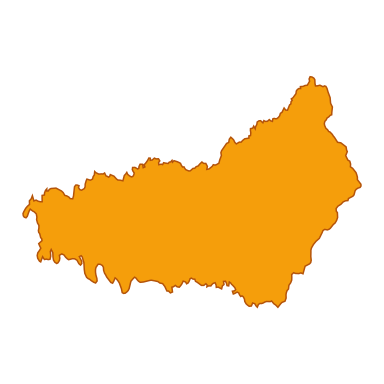 outline of Bonópolis, Goiás, Brazil
{"feature_id": "56859067B5105293023793", "entity_name": "Bonópolis", "entity_type": "district", "adm_level": 2, "iso_a3": "BRA", "parent_name": "Brazil", "parent_adm1": "Goiás", "projection": "equal_earth", "projection_center": [-49.911, -13.542], "detail": "fine", "context": "isolated", "style": "filled", "palette": "amber", "viewbox_px": 384, "rotation_deg": 0, "n_neighbors": 0, "source": "geoboundaries", "source_scale": "gbopen_adm2", "svg_char_len": 5976}
<svg xmlns="http://www.w3.org/2000/svg" viewBox="0 0 384 384"><path d="M277.9,307.3L280.7,303.7L282.0,302.4L285.0,301.2L286.1,298.1L286.0,294.7L286.3,292.8L287.1,290.5L288.5,289.0L288.9,285.3L290.7,282.7L291.7,280.1L291.8,277.4L291.7,274.5L293.7,272.7L295.2,273.4L298.8,273.6L300.9,272.9L303.0,273.8L305.1,266.2L309.5,263.9L310.7,262.6L311.2,260.3L310.8,256.5L310.9,252.3L310.9,250.1L311.5,247.9L313.5,244.4L316.0,241.3L319.3,238.4L322.0,232.9L323.0,230.5L324.7,229.4L327.4,229.9L329.0,229.3L330.3,228.3L333.3,224.5L335.1,223.0L336.6,220.4L337.6,217.5L337.4,212.6L336.3,211.2L336.1,208.6L337.9,206.2L340.9,204.3L343.2,201.9L345.5,200.8L347.9,200.6L348.5,198.5L352.9,196.2L354.0,194.9L355.1,190.8L356.1,189.4L357.8,188.2L360.1,187.4L361.0,186.0L360.9,184.2L357.4,179.7L357.4,177.1L356.7,174.6L356.0,172.6L352.6,168.3L350.4,166.8L350.6,164.1L349.8,161.2L347.9,160.1L346.5,157.3L345.7,155.6L347.3,151.6L346.6,150.1L346.1,146.9L340.8,142.8L337.6,142.3L334.4,137.3L333.2,135.9L332.3,134.4L330.0,132.0L328.7,131.5L327.4,129.5L326.0,128.5L324.7,125.6L324.3,123.7L324.8,121.4L326.2,119.9L327.0,118.1L329.0,116.7L330.2,115.3L331.7,114.8L331.8,112.5L332.4,107.0L330.6,103.3L330.1,97.6L328.0,91.9L327.0,88.4L325.9,86.4L324.5,85.9L323.0,86.7L319.9,85.2L317.3,85.9L315.5,85.9L315.0,83.6L314.8,79.6L313.8,78.1L312.0,77.0L310.1,76.7L309.1,79.0L309.6,81.2L307.3,85.2L305.0,85.5L303.1,86.4L300.4,86.6L300.6,88.5L298.9,88.5L297.4,89.5L296.3,91.0L296.0,93.6L293.0,97.7L291.3,98.9L292.2,100.4L291.1,101.6L290.8,104.0L289.6,104.9L288.4,107.9L287.5,110.2L285.7,110.1L284.1,108.0L282.0,112.3L280.4,113.3L279.6,115.9L278.3,117.5L276.9,118.6L275.6,118.8L274.1,118.4L272.8,118.9L272.4,121.4L270.6,120.8L269.3,119.6L267.4,121.3L265.2,121.4L263.9,120.6L262.9,122.8L260.6,120.7L259.0,120.8L257.2,122.0L256.8,124.5L255.6,126.7L255.2,128.8L253.7,126.1L252.7,128.2L250.5,128.6L250.4,130.4L250.8,132.9L250.5,135.6L248.9,135.9L248.9,138.1L244.7,138.8L242.6,140.5L241.1,142.2L239.3,142.1L236.3,143.9L234.8,142.4L233.7,140.0L232.6,138.8L230.8,137.2L229.3,139.2L228.7,142.5L226.6,143.4L221.6,150.7L220.9,152.7L221.4,155.5L219.7,160.1L218.9,163.2L216.5,164.6L215.1,165.1L213.3,164.7L212.2,166.4L208.9,169.0L206.8,169.4L207.4,166.4L205.8,163.4L203.6,163.4L201.9,162.0L199.8,164.0L198.1,166.0L196.1,166.7L194.7,168.3L193.0,168.4L190.3,170.8L188.9,171.0L186.0,169.8L184.9,168.6L184.0,166.9L182.5,167.0L181.2,165.0L180.5,163.3L178.8,162.4L177.2,161.7L174.0,160.7L172.5,162.2L172.0,160.4L170.6,162.0L169.3,162.1L168.2,163.5L165.3,163.1L163.6,162.7L162.6,164.6L161.2,164.2L158.8,164.7L158.6,162.5L159.8,160.9L158.5,158.8L156.1,158.9L154.4,158.1L152.2,160.0L150.3,160.3L150.3,158.2L148.9,158.0L147.5,160.6L145.4,163.5L144.1,164.7L144.9,166.9L143.2,167.7L142.6,164.3L140.1,164.2L139.0,166.5L138.8,168.3L137.6,169.0L136.4,168.2L134.9,167.4L132.6,167.5L132.3,169.5L133.0,171.2L134.2,173.0L133.8,174.8L132.8,176.5L131.4,176.9L129.7,176.0L127.7,174.4L126.8,172.4L125.8,173.9L124.3,175.5L122.9,180.8L120.3,180.2L117.8,180.0L116.5,179.0L114.0,176.2L110.3,174.6L109.7,176.3L108.6,177.2L107.4,176.4L106.0,175.9L104.6,173.0L103.1,174.0L101.5,173.9L98.8,174.1L95.9,172.7L94.7,171.5L94.3,175.0L93.2,176.5L92.5,179.1L90.3,180.2L86.9,179.1L86.2,180.7L85.2,184.1L85.1,186.8L84.3,188.6L81.5,190.2L79.9,189.7L78.5,187.7L79.0,185.7L77.0,185.0L75.7,185.1L74.5,186.8L73.5,196.0L72.7,198.8L70.2,198.6L68.9,197.1L66.8,195.9L64.8,195.4L63.2,192.6L61.5,191.0L56.0,188.1L51.0,188.5L49.4,189.3L48.2,191.0L46.8,191.0L46.8,188.9L45.5,190.4L44.5,193.0L44.4,195.0L42.1,195.4L42.1,198.5L42.2,201.7L40.6,201.8L38.1,201.2L36.1,200.1L33.9,200.9L32.4,195.7L31.2,198.8L29.4,200.8L29.5,204.4L27.4,206.3L25.7,208.3L23.8,211.7L23.0,213.6L23.3,215.8L24.3,217.2L26.0,217.8L27.3,216.3L29.0,211.4L30.2,209.1L32.8,211.1L34.2,211.8L36.3,213.9L36.9,217.1L36.6,219.6L37.5,223.0L38.9,225.4L38.9,228.0L38.4,230.6L38.7,232.3L39.7,233.7L40.7,237.7L41.7,238.7L42.0,240.7L38.7,243.6L39.6,245.8L40.8,248.2L39.5,250.4L37.8,252.8L37.2,255.5L37.7,258.3L39.5,261.2L40.7,261.9L42.6,256.7L44.4,259.5L46.4,259.1L48.2,259.6L50.0,259.3L50.7,256.2L50.6,254.3L50.3,251.5L51.2,249.5L52.8,252.7L53.0,257.1L53.5,260.1L54.8,262.2L56.7,263.5L58.0,262.8L59.4,260.5L59.8,258.2L59.4,255.3L61.8,253.9L64.0,255.0L65.6,257.2L67.3,258.8L68.6,259.7L72.5,258.7L74.6,258.8L77.0,260.2L78.9,263.7L80.5,265.1L81.8,263.5L81.6,261.1L79.3,256.6L81.2,255.7L82.2,256.9L83.9,262.7L84.3,269.7L84.8,273.3L86.6,277.3L88.1,278.6L89.8,279.4L91.3,280.7L93.8,282.3L95.6,283.0L97.1,281.0L96.9,278.5L95.9,275.0L95.5,272.2L95.5,269.7L95.9,267.5L98.1,264.2L100.3,264.3L102.4,265.5L103.4,267.3L103.6,270.3L104.6,273.3L105.6,274.8L106.7,277.0L110.9,282.5L112.6,283.2L113.7,281.3L115.1,277.9L116.6,279.1L118.0,280.9L119.3,282.9L121.4,288.7L122.2,292.6L123.5,293.4L125.2,293.2L127.1,291.7L128.1,290.6L129.1,288.7L130.9,281.3L132.8,279.0L134.6,277.2L136.0,278.1L137.3,279.9L138.5,281.2L140.2,282.3L143.4,282.0L149.5,280.5L151.2,280.2L154.5,280.8L158.0,281.6L159.8,283.0L162.6,283.6L164.8,286.5L166.9,291.0L168.6,291.1L170.4,292.9L172.5,292.0L171.9,287.2L173.4,286.8L175.3,285.4L177.1,286.8L179.3,287.2L180.7,285.6L181.8,284.0L183.2,281.1L185.6,282.0L186.6,283.8L188.2,282.9L189.2,281.1L190.1,278.7L191.3,278.1L193.0,279.1L194.8,279.2L195.5,281.3L197.1,282.2L198.9,283.5L201.4,285.4L203.8,285.4L205.9,283.7L207.1,285.0L206.9,286.8L208.5,285.9L210.9,285.9L211.9,284.5L213.1,283.4L215.1,282.7L216.1,285.1L216.3,287.4L218.1,287.1L221.6,288.9L222.4,285.9L224.0,284.5L223.5,281.4L225.5,281.2L226.5,283.4L227.0,285.6L228.7,285.9L229.3,282.0L230.6,282.9L231.5,284.2L232.7,285.3L234.8,287.6L235.7,289.6L234.6,290.8L232.4,291.2L233.3,294.0L234.9,293.4L237.1,292.1L238.7,292.9L239.5,294.8L240.7,296.5L242.0,295.9L243.2,296.7L244.4,298.9L244.8,301.5L246.1,303.8L247.4,305.0L249.2,306.3L251.4,306.0L252.6,303.0L254.8,303.7L255.9,305.7L257.3,307.2L258.4,304.5L259.8,303.5L261.7,303.5L263.2,303.0L264.7,302.1L266.5,301.5L270.3,301.6L271.6,301.0L273.8,303.7L275.7,305.0L277.9,307.3Z" fill="#f59e0b" stroke="#b45309" stroke-width="1.5"/></svg>